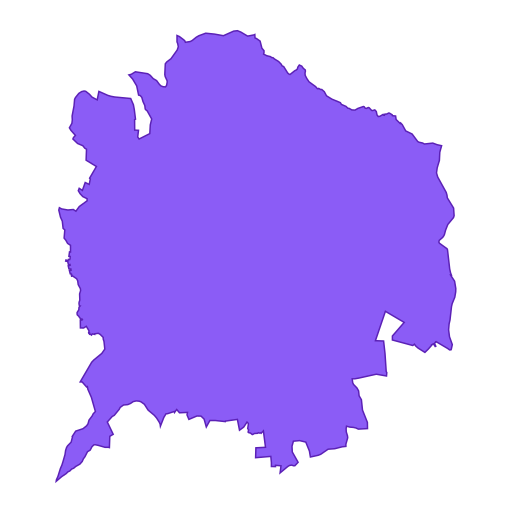 San Pedro, Sucre, Colombia
{"feature_id": "7082276B2903926755243", "entity_name": "San Pedro", "entity_type": "district", "adm_level": 2, "iso_a3": "COL", "parent_name": "Colombia", "parent_adm1": "Sucre", "projection": "robinson", "projection_center": [-75.049, 9.394], "detail": "fine", "context": "isolated", "style": "filled", "palette": "violet", "viewbox_px": 512, "rotation_deg": 0, "n_neighbors": 0, "source": "geoboundaries", "source_scale": "gbopen_adm2", "svg_char_len": 5868}
<svg xmlns="http://www.w3.org/2000/svg" viewBox="0 0 512 512"><path d="M254.8,34.5L254.0,34.9L247.6,36.1L240.9,32.1L237.5,30.7L233.7,31.1L223.4,35.7L214.5,34.1L205.7,33.2L198.9,35.7L196.3,37.2L192.2,40.5L190.3,41.5L185.4,42.3L184.8,40.8L183.7,39.8L179.5,36.6L177.0,35.5L177.0,41.9L177.7,43.6L178.3,46.8L177.2,50.0L171.0,58.7L166.8,61.9L165.3,63.8L164.8,74.5L165.2,76.6L167.1,80.7L167.2,82.1L166.6,85.3L165.5,86.9L163.1,86.7L161.1,86.0L159.4,84.4L156.6,80.6L153.2,78.6L150.2,75.3L147.7,73.7L135.4,71.8L131.3,74.3L128.9,74.9L132.6,79.0L136.7,85.9L138.6,95.1L140.3,95.6L141.8,97.4L143.0,101.6L144.8,105.5L145.2,108.9L145.6,109.6L147.2,110.9L151.7,119.0L150.3,124.8L149.8,133.6L139.1,139.0L137.7,137.0L138.5,130.3L134.7,130.1L134.6,119.6L135.5,119.2L134.3,109.6L133.4,104.7L130.7,98.5L114.7,97.0L111.0,96.3L107.9,95.4L98.9,91.4L97.2,99.9L92.0,97.1L89.4,94.2L85.7,91.3L84.1,91.0L81.6,91.6L78.8,93.4L75.5,97.5L74.6,99.3L74.0,106.1L72.1,116.0L72.3,120.0L71.9,123.3L69.4,127.8L70.9,130.3L75.4,135.4L73.5,137.5L72.9,139.0L77.6,143.5L82.8,145.7L84.8,148.2L86.5,149.2L86.1,160.2L96.4,166.5L89.6,178.2L90.3,179.0L89.2,184.4L85.2,182.5L82.4,190.4L79.2,188.3L78.3,190.7L80.1,193.7L82.8,196.6L87.1,198.7L87.1,200.8L79.3,206.5L75.9,211.2L73.3,209.5L67.9,210.0L61.6,208.9L59.4,207.7L58.8,210.1L60.5,217.2L62.3,221.2L63.1,228.4L64.8,229.9L64.1,238.1L65.8,240.2L67.6,243.4L70.5,245.3L70.5,252.0L69.5,251.9L68.9,256.4L70.2,256.5L70.1,258.5L69.7,259.6L68.4,259.4L68.0,260.7L66.0,260.0L65.7,261.1L67.7,261.5L68.5,265.0L70.0,264.5L70.2,265.2L68.2,265.8L68.9,268.8L70.9,269.0L71.0,270.3L69.4,270.5L70.2,273.7L70.9,273.6L71.2,274.6L71.6,274.5L71.8,275.5L71.5,275.6L71.6,276.2L72.6,276.0L76.6,278.7L77.7,280.8L78.2,284.6L80.4,288.7L80.6,290.6L79.6,293.9L79.8,300.2L79.1,302.2L79.0,303.8L79.4,305.9L80.1,306.0L79.0,307.4L78.8,309.8L77.1,312.5L77.1,314.1L77.3,314.9L78.8,316.3L79.7,317.8L81.6,319.4L82.0,319.1L82.4,319.7L81.8,320.1L81.0,319.2L80.3,319.8L80.4,327.9L83.6,328.0L86.3,326.3L89.1,331.0L88.6,332.6L88.8,333.2L89.5,333.0L89.6,334.3L90.5,334.3L91.5,335.1L92.3,333.9L94.7,334.4L94.7,333.8L98.3,333.3L100.2,334.4L103.2,337.4L103.2,339.0L104.0,341.5L104.8,349.1L101.8,353.4L93.9,359.9L91.7,362.2L80.2,381.9L82.2,382.0L86.6,387.0L87.4,386.6L87.8,389.1L91.4,397.4L95.4,411.5L93.2,413.8L92.2,415.9L89.0,420.1L88.0,423.8L86.6,425.8L83.0,428.7L75.7,431.1L72.2,436.5L72.5,436.9L71.1,442.2L67.6,445.8L66.6,447.4L65.6,450.4L65.0,454.6L63.0,461.6L61.9,465.1L60.4,468.5L57.9,476.5L56.4,479.8L56.2,481.3L61.7,476.6L66.3,473.5L67.7,472.0L69.9,470.9L71.6,469.1L73.7,468.2L75.8,466.4L79.9,464.1L82.2,461.5L83.4,458.8L84.9,456.8L87.5,451.7L90.2,450.1L91.9,446.8L93.8,444.9L95.1,444.7L98.0,445.3L105.0,447.3L108.3,447.3L109.4,447.6L109.8,436.3L113.2,434.3L107.3,422.0L112.2,416.5L114.3,415.3L119.2,409.3L120.2,407.4L123.5,405.0L127.8,404.6L130.6,403.4L133.2,401.6L136.3,400.9L139.3,401.2L141.1,401.9L144.4,404.3L148.1,410.1L154.3,415.3L156.6,418.0L159.2,422.1L160.1,424.0L160.4,426.2L163.8,417.5L166.0,413.8L167.5,413.7L174.2,411.5L174.5,412.5L176.7,409.5L179.5,412.8L187.5,412.4L187.0,414.9L188.9,419.4L196.9,416.0L201.0,416.1L204.1,419.1L206.3,427.0L209.9,420.5L215.3,420.5L225.3,421.6L225.4,421.1L237.4,419.4L239.5,430.2L243.7,427.1L247.0,422.1L248.2,423.3L248.4,423.9L247.7,428.6L248.6,429.8L248.1,432.1L248.6,432.6L250.5,433.1L252.2,434.5L252.7,434.5L254.4,433.5L257.6,433.3L258.3,432.7L259.4,433.1L260.6,432.8L261.1,433.3L263.4,430.9L265.5,447.3L255.9,447.8L255.6,457.7L270.8,456.4L271.4,462.5L271.4,466.5L275.5,466.6L275.5,465.3L281.0,465.8L280.1,472.9L287.9,466.4L289.4,465.5L291.6,465.1L293.7,465.8L294.9,465.7L298.1,462.3L292.3,452.0L292.0,446.3L293.4,441.2L299.6,440.6L305.8,442.1L309.4,451.0L310.4,457.0L318.1,455.3L320.7,454.3L328.1,449.2L334.8,448.7L342.2,446.8L345.9,446.4L345.9,444.1L347.7,437.8L347.5,435.9L346.3,432.0L346.1,428.8L346.5,426.2L349.9,427.1L353.4,427.4L356.0,428.0L358.3,429.1L367.5,428.6L367.4,422.4L362.5,410.1L361.4,399.7L359.1,395.8L358.6,390.9L356.9,387.9L353.5,384.4L352.7,382.7L352.2,378.8L354.8,378.8L358.7,378.1L376.3,374.2L386.5,376.0L386.8,372.6L386.2,371.5L385.0,353.5L383.6,341.0L375.4,340.7L385.4,311.3L404.2,322.4L392.4,336.0L392.4,340.0L412.8,345.5L414.4,344.2L415.7,346.0L418.1,348.1L424.9,352.4L428.2,349.2L431.8,345.1L431.6,344.8L433.4,343.8L435.2,346.5L435.8,346.2L434.5,343.5L435.5,342.0L435.8,342.2L436.2,341.7L447.7,348.5L449.6,349.9L451.0,349.8L451.3,349.2L452.3,344.6L449.5,336.8L448.6,329.8L449.1,323.9L450.0,320.0L451.5,306.6L452.2,303.6L454.8,297.2L455.7,291.9L455.8,288.5L454.6,281.2L450.6,275.1L451.4,275.1L450.6,273.0L449.7,269.0L447.5,249.8L447.1,248.8L439.4,243.2L438.8,242.0L439.3,240.3L442.7,237.4L443.8,235.8L444.4,234.6L445.6,230.1L447.8,224.5L453.5,217.6L454.1,215.7L453.6,208.1L447.3,197.8L447.0,195.2L446.2,192.4L437.7,177.0L436.5,172.9L437.2,167.8L439.4,160.4L439.8,152.2L441.6,145.7L437.1,144.7L432.8,143.1L424.4,144.0L422.6,143.0L418.9,142.2L417.7,141.5L412.1,134.0L405.7,130.9L402.3,124.7L400.6,122.9L400.2,123.5L396.1,119.5L395.6,116.0L392.4,115.7L392.2,114.8L389.6,113.2L388.8,113.0L386.5,114.1L384.9,114.1L384.4,115.3L383.6,115.2L383.1,114.4L379.9,116.3L378.2,116.5L377.0,114.9L376.3,111.5L374.8,109.9L372.4,110.6L371.6,110.4L369.2,107.8L368.3,107.5L366.4,108.4L365.2,108.2L364.1,106.7L363.4,106.5L357.9,108.4L355.0,110.1L351.8,109.9L349.2,108.4L347.8,108.2L346.0,106.4L341.4,104.4L340.4,102.7L339.8,102.4L332.0,99.2L326.5,95.8L324.3,91.7L321.8,89.5L320.6,89.5L318.7,88.4L318.1,88.8L317.4,88.7L315.6,86.6L309.0,81.8L306.8,78.5L305.2,75.4L305.0,73.0L305.4,71.3L305.3,70.0L303.3,68.3L301.7,66.1L299.3,65.0L297.8,67.2L297.4,68.9L296.4,69.9L294.8,70.7L290.0,74.5L289.0,74.1L287.7,73.0L283.7,66.6L282.0,65.8L281.3,64.3L278.6,61.5L274.5,59.0L273.0,57.7L271.8,57.6L270.4,56.6L266.7,55.7L263.6,54.1L264.0,52.5L264.0,50.7L261.9,48.2L260.1,41.1L256.6,38.6L255.0,37.9L254.8,34.5Z" fill="#8b5cf6" stroke="#5b21b6" stroke-width="1.5"/></svg>